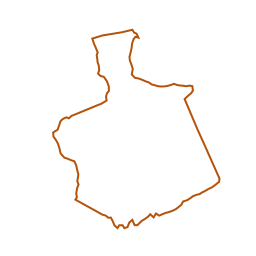 the district of Ibiara, Paraíba, Brazil, rotated 164°
{"feature_id": "56859067B91211344520608", "entity_name": "Ibiara", "entity_type": "district", "adm_level": 2, "iso_a3": "BRA", "parent_name": "Brazil", "parent_adm1": "Paraíba", "projection": "equal_earth", "projection_center": [-38.401, -7.507], "detail": "fine", "context": "isolated", "style": "outline", "palette": "amber", "viewbox_px": 256, "rotation_deg": 164, "n_neighbors": 0, "source": "geoboundaries", "source_scale": "gbopen_adm2", "svg_char_len": 1700}
<svg xmlns="http://www.w3.org/2000/svg" viewBox="0 0 256 256"><g transform="rotate(164 128 128)"><path d="M96.7,221.2L107.5,221.7L127.1,224.0L137.7,223.8L137.4,217.9L136.8,213.6L136.3,209.0L138.0,206.7L138.5,202.8L139.1,199.7L138.9,196.3L139.7,191.6L141.8,188.5L140.1,185.6L137.2,183.9L135.4,179.0L135.0,173.2L136.2,168.8L138.6,167.2L140.4,164.4L141.0,160.3L146.8,158.7L151.1,158.3L179.0,155.2L182.2,153.6L184.2,155.2L186.7,154.9L189.1,154.3L191.3,152.8L193.6,149.3L196.2,145.7L198.6,145.1L201.2,144.3L202.0,140.3L200.6,136.3L199.7,132.5L199.5,128.2L199.8,122.1L197.4,117.1L194.9,115.4L191.6,112.8L188.7,110.7L188.1,106.2L188.4,102.0L188.5,97.2L189.6,94.5L191.4,91.0L191.1,87.4L193.5,84.2L195.7,79.6L196.3,75.4L198.3,73.6L176.4,51.7L173.7,50.1L171.7,47.2L169.2,46.6L168.3,42.4L167.9,38.3L165.7,34.7L163.2,36.9L160.0,36.0L159.1,32.7L155.8,32.9L152.8,36.8L149.2,38.5L148.4,32.8L145.7,32.0L143.1,33.5L140.5,34.9L136.8,35.9L132.8,37.4L130.4,39.0L128.0,35.0L124.7,38.1L122.2,35.2L118.3,35.7L115.5,36.0L112.4,35.9L107.7,36.2L104.1,36.9L101.2,38.1L97.9,39.5L95.3,42.2L91.0,42.3L87.6,43.3L84.1,44.6L79.9,44.9L77.4,44.7L74.8,45.6L71.7,46.1L67.6,47.2L63.7,47.8L60.9,48.8L58.2,49.9L55.3,51.1L54.0,54.2L58.5,86.3L61.6,107.6L65.6,140.2L63.0,141.6L60.3,142.9L57.7,144.0L55.3,146.1L54.6,150.5L57.2,151.8L60.7,152.1L63.0,153.3L65.3,154.1L68.6,155.6L71.7,157.8L75.2,157.5L79.4,157.6L82.5,158.2L84.9,158.8L87.6,159.9L90.6,161.8L93.3,163.4L95.3,166.0L98.2,168.0L101.8,171.0L104.7,173.0L107.4,174.2L109.6,178.4L107.1,183.5L107.2,187.5L107.6,192.2L107.0,195.9L105.1,199.1L102.6,203.7L100.7,208.2L98.1,211.9L95.7,213.6L93.1,212.0L93.8,216.4L95.9,218.1L96.7,221.2Z" fill="none" stroke="#b45309" stroke-width="2"/></g></svg>